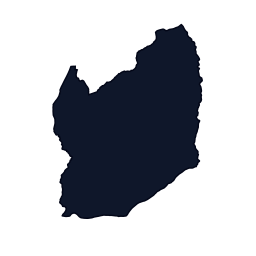 outline of Garagoa, Boyacá, Colombia, rotated 161°
{"feature_id": "7082276B73861688893485", "entity_name": "Garagoa", "entity_type": "district", "adm_level": 2, "iso_a3": "COL", "parent_name": "Colombia", "parent_adm1": "Boyacá", "projection": "albers", "projection_center": [-73.307, 5.088], "detail": "fine", "context": "isolated", "style": "filled", "palette": "ink", "viewbox_px": 256, "rotation_deg": 161, "n_neighbors": 0, "source": "geoboundaries", "source_scale": "gbopen_adm2", "svg_char_len": 5809}
<svg xmlns="http://www.w3.org/2000/svg" viewBox="0 0 256 256"><g transform="rotate(161 128 128)"><path d="M177.6,52.9L174.6,51.8L174.1,51.5L172.0,50.8L168.5,49.1L166.8,48.4L165.7,47.5L163.5,47.0L161.2,46.1L158.8,45.6L158.2,45.6L156.8,46.4L155.7,47.4L154.0,48.7L151.0,50.6L149.8,51.2L143.8,53.5L141.8,53.9L137.6,53.9L136.5,53.8L136.2,53.7L133.2,54.1L131.9,54.4L125.9,56.1L124.8,56.6L124.3,57.0L123.3,57.3L121.3,58.4L118.5,58.8L117.5,59.3L115.8,59.4L113.2,59.7L110.2,61.1L109.0,62.0L107.9,62.5L106.4,62.3L104.9,62.4L104.0,62.9L102.2,63.5L101.7,63.8L99.4,65.7L98.3,66.3L94.6,67.9L91.3,68.7L87.8,70.0L83.4,70.3L79.9,69.2L78.8,69.3L77.2,69.6L76.9,69.5L76.3,69.3L76.0,69.4L75.2,70.5L74.0,71.2L73.3,72.6L71.4,73.3L71.2,73.6L71.3,74.0L72.3,75.6L72.3,76.4L71.4,78.3L70.2,79.9L70.1,80.2L70.4,81.1L70.4,81.4L69.7,82.4L69.6,82.7L69.7,83.5L70.3,84.9L70.9,86.9L70.5,88.6L70.5,89.0L70.7,90.1L71.3,91.6L71.3,91.8L70.4,92.2L70.1,92.5L69.5,93.3L69.2,93.8L69.1,94.4L68.7,94.8L68.1,96.4L66.8,98.0L65.9,99.8L63.9,102.1L63.0,103.6L61.4,105.8L60.2,108.8L59.9,109.4L59.6,109.8L58.6,110.7L58.0,111.4L58.0,111.7L58.2,112.0L59.3,112.9L59.4,113.2L59.9,114.9L59.9,115.6L59.8,116.3L59.5,116.7L59.2,117.0L58.2,117.1L57.7,117.9L57.4,118.8L56.8,119.4L56.9,121.0L56.8,121.5L56.8,121.9L56.7,122.3L55.9,123.2L55.6,124.1L54.9,124.4L54.4,125.2L53.4,126.2L53.1,126.6L52.9,128.1L52.7,128.4L51.3,128.9L50.2,129.7L49.4,130.8L49.3,131.2L48.8,133.7L47.9,135.1L47.9,135.5L48.0,136.5L47.9,137.2L47.7,137.7L46.9,138.5L46.6,139.0L46.3,140.0L45.8,143.1L46.2,145.6L46.2,146.2L45.4,147.0L44.8,147.4L42.8,148.3L42.4,148.8L42.3,149.0L42.1,151.2L43.6,153.1L43.8,154.0L43.4,156.0L43.2,158.1L42.9,159.3L42.4,160.0L41.3,160.8L41.2,161.0L41.3,161.4L42.3,162.3L42.5,163.0L42.4,163.2L41.9,163.7L40.8,164.1L40.5,164.3L40.1,165.0L40.1,165.3L40.4,166.7L40.3,168.2L39.9,168.6L38.5,169.2L38.2,169.5L38.1,169.8L38.1,170.7L38.4,172.4L38.8,173.9L39.4,175.4L39.5,175.9L39.5,176.3L38.9,178.3L39.0,180.1L37.5,182.0L37.3,182.7L37.9,183.6L38.1,184.1L38.1,184.7L37.5,185.9L37.4,186.5L37.5,187.6L38.0,188.2L39.1,189.0L39.4,189.4L39.0,191.2L39.6,192.3L39.9,193.0L40.3,193.3L41.1,194.5L41.4,195.6L41.5,197.2L41.0,198.2L40.9,198.8L41.0,199.5L41.9,200.9L42.2,201.8L42.6,203.6L42.9,206.1L43.7,208.0L44.0,208.4L47.4,207.2L50.1,207.2L52.3,207.0L53.6,207.1L56.9,207.7L58.2,207.4L59.1,207.4L59.9,207.5L60.6,207.7L61.6,209.2L62.6,210.0L63.0,210.1L66.4,210.4L68.2,210.4L69.2,210.3L70.7,209.5L71.4,205.0L72.3,202.8L72.7,202.2L73.0,202.1L73.5,202.0L74.6,201.0L75.5,200.9L75.8,200.8L76.2,200.0L77.5,199.4L78.3,199.3L78.9,198.9L79.7,198.7L81.8,198.6L82.8,198.8L83.3,198.8L84.4,198.2L86.2,198.1L88.4,197.3L89.0,197.3L89.8,197.5L90.3,197.3L91.7,197.1L92.8,197.1L93.0,196.9L93.2,196.2L94.0,196.4L94.6,196.1L95.0,195.7L95.2,195.0L95.8,194.1L96.8,192.1L97.4,191.6L97.5,190.7L97.4,190.4L97.7,189.3L97.6,186.8L97.7,185.9L97.9,185.7L99.3,184.9L99.7,184.5L100.2,183.5L101.0,182.6L102.2,181.8L103.9,181.2L104.6,181.0L105.2,181.0L106.3,181.4L106.7,181.1L107.5,180.8L110.1,181.9L110.8,182.0L111.9,182.0L112.9,182.9L113.5,182.9L114.3,182.8L115.5,182.8L117.1,182.4L117.9,182.0L118.6,182.1L119.0,182.3L120.3,181.5L122.3,180.7L123.3,180.0L123.9,180.1L125.3,179.0L127.9,178.0L128.8,177.5L129.1,177.4L131.6,177.5L132.7,178.0L133.2,178.1L134.0,177.5L136.1,176.4L136.8,176.2L137.1,176.0L137.6,176.0L138.4,176.3L138.6,176.3L139.5,175.7L140.6,175.6L141.5,175.1L141.5,174.8L141.9,174.3L142.6,174.0L143.6,173.9L144.5,173.2L145.0,172.6L145.4,172.2L154.2,172.2L153.9,174.1L153.3,175.5L153.3,176.0L152.8,177.2L152.7,177.9L152.9,179.6L153.7,182.0L154.6,186.6L154.8,187.0L155.4,187.7L155.8,187.9L157.6,187.9L158.3,188.1L158.7,188.8L158.8,191.1L159.0,191.4L160.0,192.1L160.3,192.7L160.1,193.1L160.0,194.6L159.6,195.7L157.8,198.7L157.1,199.5L157.6,199.9L159.0,200.4L157.8,203.5L160.0,204.2L161.9,204.7L162.2,204.4L164.4,201.7L166.7,199.2L169.2,196.7L172.8,193.3L176.1,190.0L177.4,188.8L179.2,186.8L179.7,186.3L180.0,185.5L180.1,184.6L182.3,181.4L183.1,180.4L185.8,178.2L187.8,177.0L190.9,174.7L191.2,174.2L191.4,173.2L191.7,172.7L192.0,172.3L192.6,170.2L193.3,168.4L194.4,164.5L194.1,160.6L194.2,160.0L195.2,156.7L195.8,155.4L198.1,151.8L198.4,151.1L198.7,149.2L199.0,148.8L198.2,145.1L198.0,144.8L196.6,144.4L196.0,143.9L196.1,143.3L196.4,142.9L196.4,142.7L195.8,142.4L195.6,142.1L195.6,141.9L195.9,141.2L195.4,140.3L195.6,139.9L196.4,139.2L196.4,138.8L195.2,136.3L195.2,135.4L195.4,134.9L196.1,134.1L196.0,133.6L195.7,132.7L195.7,132.2L196.0,131.3L196.9,130.3L197.1,129.6L196.9,129.3L196.7,129.1L195.4,128.4L194.7,127.6L193.9,127.3L193.7,127.0L193.6,126.8L193.6,125.8L193.3,125.6L192.9,125.7L192.6,125.3L192.7,124.1L192.0,122.9L191.8,120.5L191.4,119.9L190.6,119.5L190.3,119.0L190.3,118.7L190.5,118.3L190.8,117.9L191.7,117.4L191.8,116.5L192.3,116.3L192.8,116.4L193.2,116.1L193.6,115.2L194.9,114.1L195.7,113.5L196.6,113.4L196.9,113.1L197.2,111.8L197.0,110.7L197.1,110.0L199.5,109.2L201.1,108.5L201.7,108.0L202.2,107.3L202.8,106.8L204.5,105.8L206.1,105.1L206.3,104.8L206.5,104.6L206.6,102.9L206.8,102.7L207.5,102.3L207.6,101.6L207.7,101.4L208.3,101.3L208.5,101.2L209.0,99.8L209.8,99.0L209.8,98.5L208.8,96.9L208.6,96.4L208.7,95.8L209.3,94.3L209.5,93.1L209.5,92.1L210.0,90.4L211.0,88.7L211.3,87.2L211.8,85.9L212.2,85.4L213.3,84.5L214.2,83.4L214.7,83.1L215.1,82.4L215.3,82.4L215.5,81.7L215.8,81.1L216.3,80.6L216.7,79.8L216.7,79.4L215.6,77.6L215.3,77.0L215.3,75.8L215.2,75.2L213.1,74.1L212.8,73.6L212.7,73.2L212.7,72.1L212.6,71.8L213.7,70.1L214.7,69.3L215.6,68.5L217.5,67.6L218.7,66.5L218.7,66.3L215.9,64.8L214.8,64.4L212.2,63.8L211.5,63.9L210.1,64.9L209.1,65.3L207.8,65.4L206.4,65.1L205.5,64.5L204.4,63.2L204.1,62.7L203.0,60.2L202.1,58.9L201.3,58.3L198.9,57.1L196.1,56.0L194.8,55.6L191.3,54.9L188.9,54.9L184.2,54.2L182.0,54.0L180.9,53.8L179.9,53.7L179.2,53.6L177.6,52.9Z" fill="#0f172a" stroke="#020617" stroke-width="1.5"/></g></svg>